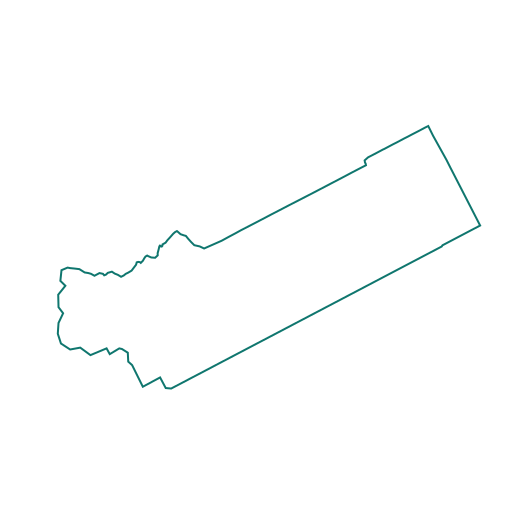 San Miguel, Colorado, United States of America, rotated 152°
{"feature_id": "52423323B46941979190564", "entity_name": "San Miguel", "entity_type": "district", "adm_level": 2, "iso_a3": "USA", "parent_name": "United States of America", "parent_adm1": "Colorado", "projection": "orthographic", "projection_center": [-108.277, 37.965], "detail": "fine", "context": "isolated", "style": "outline", "palette": "teal", "viewbox_px": 512, "rotation_deg": 152, "n_neighbors": 0, "source": "geoboundaries", "source_scale": "gbopen_adm2", "svg_char_len": 1632}
<svg xmlns="http://www.w3.org/2000/svg" viewBox="0 0 512 512"><g transform="rotate(152 256 256)"><path d="M42.9,289.9L46.5,290.0L54.0,290.0L61.2,290.1L65.7,290.1L70.1,290.2L78.7,290.2L82.6,290.3L87.8,290.3L89.7,290.3L91.4,290.3L92.7,290.3L93.6,290.4L97.2,290.4L101.6,290.4L110.7,290.5L115.2,289.4L115.9,287.3L115.8,286.2L116.3,284.5L121.6,284.6L132.5,284.7L142.3,284.7L155.0,284.8L171.0,284.9L181.0,285.0L202.2,285.3L222.7,285.5L241.0,285.6L257.2,285.8L263.2,285.7L271.2,285.7L279.2,285.6L298.3,287.0L301.2,290.9L305.4,294.5L306.7,298.7L307.8,303.1L308.5,306.7L309.9,308.0L311.3,309.5L312.4,310.7L313.7,314.2L314.1,315.1L316.2,315.1L318.7,314.5L323.2,312.8L326.9,311.5L329.6,310.2L333.1,310.1L333.8,309.0L334.7,308.6L335.3,308.8L335.5,309.7L335.9,310.3L336.8,309.9L338.8,307.6L341.5,304.7L342.5,302.7L345.9,301.8L349.2,303.9L351.4,306.7L351.9,307.5L353.8,307.4L355.6,306.5L358.1,304.9L361.0,304.0L361.4,305.1L362.8,306.1L364.3,306.4L366.0,304.6L369.7,302.9L372.7,301.5L376.7,301.3L379.4,301.4L381.9,300.9L384.9,301.0L386.8,304.2L389.0,306.8L390.6,309.8L394.8,310.7L397.1,310.0L399.1,310.2L399.5,312.1L402.2,314.4L407.9,314.4L410.1,317.8L412.1,319.7L415.0,321.9L418.1,327.3L421.8,329.9L425.7,332.5L427.8,334.2L434.4,334.8L440.4,325.9L438.3,319.2L448.8,314.7L454.4,303.5L453.2,296.0L461.8,289.6L467.5,280.4L469.3,270.3L464.0,260.7L454.2,257.6L448.7,246.2L431.3,244.6L431.2,238.0L420.1,238.6L418.0,236.8L414.6,230.8L418.4,222.7L416.6,217.8L417.3,193.7L397.7,193.8L397.7,181.8L393.1,178.8L87.6,177.2L86.3,177.9L43.8,177.7L42.9,241.1L42.9,242.1L42.7,251.5L43.2,279.2L42.9,289.9Z" fill="none" stroke="#0f766e" stroke-width="2"/></g></svg>